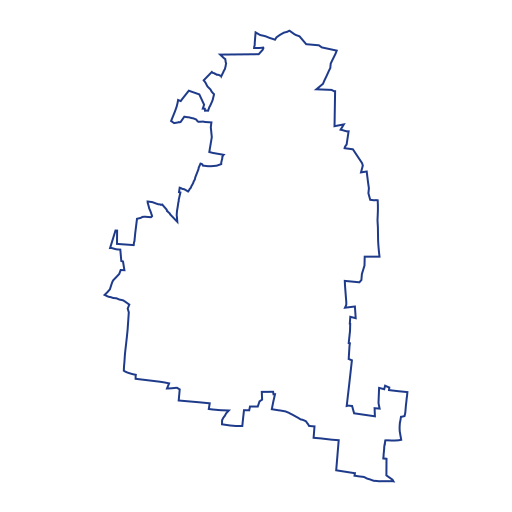 Yaxcabá, Yucatán, Mexico (Albers equal-area conic projection)
{"feature_id": "50627088B72724405563530", "entity_name": "Yaxcabá", "entity_type": "district", "adm_level": 2, "iso_a3": "MEX", "parent_name": "Mexico", "parent_adm1": "Yucatán", "projection": "albers", "projection_center": [-88.743, 20.484], "detail": "fine", "context": "isolated", "style": "outline", "palette": "blue", "viewbox_px": 512, "rotation_deg": 0, "n_neighbors": 0, "source": "geoboundaries", "source_scale": "gbopen_adm2", "svg_char_len": 5982}
<svg xmlns="http://www.w3.org/2000/svg" viewBox="0 0 512 512"><path d="M110.1,248.0L111.2,247.9L115.5,249.1L116.9,249.4L120.3,249.6L121.3,261.0L123.0,261.5L124.4,270.2L120.7,270.0L119.2,274.0L113.2,280.3L113.0,280.8L112.6,281.3L111.5,284.3L109.9,289.3L107.3,292.3L104.6,294.9L107.4,296.3L109.1,296.9L110.6,297.1L113.2,298.0L116.5,298.3L119.2,299.5L123.0,300.3L124.8,301.4L129.3,304.6L127.7,308.6L128.8,312.3L127.6,329.8L126.8,337.6L125.7,347.3L125.0,353.5L124.3,363.5L124.1,365.1L123.8,370.7L125.1,371.5L126.8,372.3L128.7,373.0L132.8,374.2L135.8,374.8L135.6,376.7L135.6,378.8L159.7,381.7L161.7,382.0L164.8,382.5L169.1,383.4L167.0,388.5L169.8,388.4L172.6,388.2L175.1,387.9L177.0,387.8L179.7,389.4L178.7,400.5L199.4,402.3L209.7,403.3L208.8,409.0L212.7,409.5L220.4,410.2L228.8,410.5L226.1,413.4L224.8,415.9L224.2,416.5L223.0,418.3L222.1,420.2L222.0,424.3L230.2,425.5L235.9,426.0L242.3,426.0L243.1,418.2L244.0,410.2L249.2,410.3L250.0,406.5L257.8,406.5L259.5,401.4L262.1,399.6L261.8,391.9L273.1,391.8L273.5,394.3L275.0,394.2L273.2,402.1L271.8,409.2L279.2,410.4L279.7,410.4L282.6,410.9L284.9,411.3L285.4,411.4L288.9,412.8L290.6,413.8L291.7,414.3L294.1,415.6L295.7,416.5L298.1,417.8L300.6,419.4L302.3,419.7L304.1,420.4L306.1,421.4L306.9,422.7L308.3,424.5L308.6,425.1L309.0,425.9L311.8,426.2L314.5,426.4L313.6,437.8L320.8,438.4L331.8,439.7L338.7,440.2L336.2,470.3L354.7,473.2L354.9,473.2L354.5,475.7L359.2,476.4L363.5,476.9L364.0,477.0L364.9,477.4L366.7,478.4L368.1,478.9L370.3,479.5L372.0,480.2L374.2,480.9L376.0,480.9L377.7,481.1L378.5,481.2L379.0,481.2L379.7,481.3L381.0,481.2L381.6,481.2L389.5,481.2L391.4,481.2L392.8,481.2L393.4,481.3L392.5,479.7L386.4,475.4L386.5,458.8L385.6,458.6L384.3,458.6L383.3,458.5L383.3,457.7L383.5,457.0L383.6,454.7L383.8,452.6L383.9,451.8L384.0,450.4L384.2,448.4L384.2,447.2L384.6,444.4L384.8,444.4L385.1,441.6L385.3,440.4L386.5,440.3L389.8,440.4L390.9,440.5L392.1,440.5L395.1,440.5L398.5,440.3L400.1,440.0L401.2,439.8L400.8,437.5L400.6,436.4L400.3,434.7L399.7,431.1L399.6,428.4L399.6,427.1L399.7,425.3L399.9,422.7L400.2,421.5L401.0,416.8L401.5,416.8L401.9,416.7L404.5,416.1L404.7,415.4L405.2,413.2L405.4,411.4L405.9,405.5L406.5,400.4L406.7,398.1L407.1,395.6L407.1,395.1L407.4,392.1L398.3,391.2L389.0,390.1L389.3,387.5L387.3,386.7L385.1,385.7L384.2,389.2L379.1,387.9L378.5,403.0L378.8,404.7L379.6,408.6L374.6,408.2L374.9,416.3L354.1,413.3L352.1,406.0L348.3,405.6L346.7,406.0L349.0,386.1L351.9,360.3L348.7,359.0L349.5,345.9L349.9,343.3L348.7,343.1L350.0,331.1L350.2,323.8L349.8,323.7L350.3,316.8L355.7,318.2L354.9,306.5L345.0,307.7L346.0,305.5L346.3,304.4L346.3,303.6L346.3,302.3L345.9,297.1L345.6,293.4L345.0,285.5L344.8,280.9L359.4,282.3L361.4,280.0L361.9,274.0L364.5,265.5L364.7,256.7L379.5,256.7L379.0,252.2L378.5,246.9L378.2,242.5L378.1,240.6L377.9,227.3L377.5,220.2L377.7,215.8L377.9,210.2L377.9,205.3L377.7,200.3L375.9,200.1L374.2,200.3L370.2,199.8L368.4,193.2L368.9,188.3L368.1,182.8L366.7,171.5L361.0,172.4L362.8,165.6L362.1,163.2L352.9,149.3L344.6,148.2L344.7,147.6L345.1,146.6L345.8,145.5L346.6,144.6L348.6,131.3L346.5,131.3L346.3,131.2L346.0,131.1L345.0,130.9L342.8,130.2L340.6,129.7L341.5,128.2L342.2,127.1L343.8,124.4L334.5,126.2L334.6,122.1L334.8,109.5L335.1,91.2L334.0,91.2L332.2,90.2L331.4,89.9L316.4,89.3L323.0,83.8L324.3,80.7L326.7,75.7L329.0,70.6L330.3,68.0L330.7,63.6L333.0,58.8L335.2,54.4L335.9,52.8L336.7,50.6L321.8,47.4L318.9,45.3L306.2,44.2L299.5,36.3L295.6,34.9L294.1,34.0L289.5,30.7L288.3,31.2L287.5,31.7L283.8,32.7L279.9,34.9L277.8,36.4L277.1,36.9L276.5,37.3L275.0,39.7L272.4,38.8L269.5,37.9L265.9,36.4L263.3,35.7L261.2,35.3L260.3,35.0L259.9,34.9L255.6,32.4L255.1,38.2L255.1,38.6L254.8,42.1L254.7,45.0L254.2,46.9L254.1,48.0L256.9,48.0L259.0,48.0L262.8,47.7L263.2,47.6L263.4,48.1L262.6,49.9L258.7,54.2L220.2,54.6L224.2,58.4L224.8,58.7L225.2,59.0L225.3,59.1L225.3,59.7L225.6,60.9L225.6,61.9L226.1,63.3L225.8,64.9L225.7,65.8L225.5,66.5L225.4,67.0L224.9,69.0L224.6,69.6L224.1,70.3L223.8,71.0L223.3,72.0L223.2,72.5L222.5,73.6L222.4,74.0L222.0,74.9L221.7,75.4L221.3,76.2L221.2,75.9L220.8,75.9L219.8,75.5L219.5,75.2L218.3,74.8L217.4,74.7L217.2,74.8L216.9,74.8L216.1,74.2L215.4,74.1L215.2,74.0L215.0,73.6L214.8,73.5L213.8,73.1L213.0,73.0L212.5,72.6L212.0,72.3L211.8,72.0L211.6,72.2L203.7,80.3L205.4,82.5L206.4,84.4L206.9,85.5L207.6,86.6L210.4,89.4L211.7,91.7L213.0,93.2L214.0,94.2L213.8,95.3L212.7,99.8L212.2,101.2L210.2,105.7L209.4,107.0L208.1,110.7L206.8,110.6L205.0,110.7L204.8,108.7L204.1,108.6L202.8,108.6L204.1,104.7L200.9,97.8L199.3,94.4L188.8,90.7L182.0,99.3L180.7,101.1L178.1,100.0L177.7,102.3L177.3,104.0L176.6,106.8L175.0,111.3L171.1,121.0L174.1,123.1L178.2,122.4L178.7,122.1L179.5,122.3L180.6,122.0L184.3,116.7L187.2,117.2L188.9,117.3L191.4,118.0L193.5,118.4L196.2,119.5L197.6,121.3L198.5,121.8L203.1,121.6L205.1,122.0L211.4,122.4L210.8,127.3L211.8,137.1L209.3,152.0L212.7,152.9L223.6,154.8L223.3,155.1L222.3,156.9L222.4,157.1L222.3,157.8L222.3,158.2L221.3,162.2L221.2,163.9L221.2,164.1L216.7,165.7L211.2,166.2L207.9,166.2L202.9,165.6L202.4,164.6L202.0,164.1L201.5,163.9L200.5,163.6L198.7,167.7L198.5,169.1L195.2,177.6L195.0,178.9L194.5,180.1L193.8,181.2L193.1,183.2L192.5,184.3L191.3,186.4L190.9,187.6L190.4,188.3L189.8,188.8L189.0,190.3L188.1,191.5L186.1,190.3L185.3,189.8L184.1,189.2L182.2,188.9L181.9,188.6L181.5,188.4L181.3,188.3L179.7,187.7L179.0,192.2L180.4,192.5L178.7,199.9L178.7,201.2L178.3,202.6L178.2,203.0L178.1,204.2L177.5,208.0L177.0,210.9L176.8,213.4L176.7,215.6L177.0,217.5L177.0,218.0L177.3,221.8L170.1,214.3L169.8,213.5L167.8,211.7L167.7,211.4L167.0,211.0L166.7,209.7L162.2,204.5L161.0,204.9L160.1,204.4L158.4,204.3L156.3,203.6L152.3,202.1L147.6,201.5L147.7,202.8L148.7,206.3L149.2,208.4L149.6,209.3L150.6,211.6L152.1,216.1L151.2,217.1L150.8,217.2L144.5,216.7L142.9,216.9L142.5,216.9L140.7,217.9L137.0,218.8L135.3,232.5L134.6,239.5L134.6,240.0L134.5,240.4L134.4,241.4L134.2,241.9L134.0,242.3L133.7,245.1L117.0,243.9L117.1,230.6L115.5,230.5L110.1,248.0Z" fill="none" stroke="#1e3a8a" stroke-width="2"/></svg>